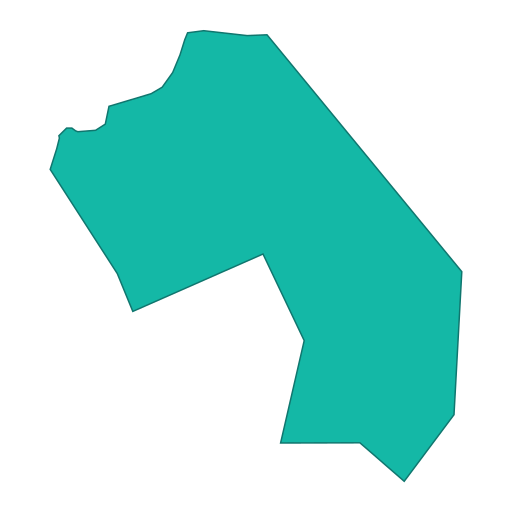 an SVG outline of Santiago
{"feature_id": "PHL-5537", "entity_name": "Santiago", "entity_type": "Independent Component City", "adm_level": 1, "iso_a3": "PHL", "parent_name": "Philippines", "parent_adm1": "", "projection": "equal_earth", "projection_center": [121.429, 16.722], "detail": "fine", "context": "isolated", "style": "filled", "palette": "teal", "viewbox_px": 512, "rotation_deg": 0, "n_neighbors": 0, "source": "natural_earth", "source_scale": "10m", "svg_char_len": 474}
<svg xmlns="http://www.w3.org/2000/svg" viewBox="0 0 512 512"><path d="M404.2,481.3L359.9,442.8L280.6,443.0L304.2,340.6L263.0,254.0L132.8,311.4L117.3,273.6L50.2,169.4L56.7,148.8L59.4,138.1L58.9,135.7L66.6,128.1L71.9,128.1L75.5,130.8L77.8,131.7L95.6,130.3L105.3,124.1L109.0,106.3L151.1,93.7L162.2,87.2L172.7,72.5L180.0,54.9L184.8,39.6L187.6,32.8L203.7,30.7L247.2,35.6L267.0,34.8L461.8,271.7L454.0,414.7L404.2,481.3Z" fill="#14b8a6" stroke="#0f766e" stroke-width="1.5"/></svg>